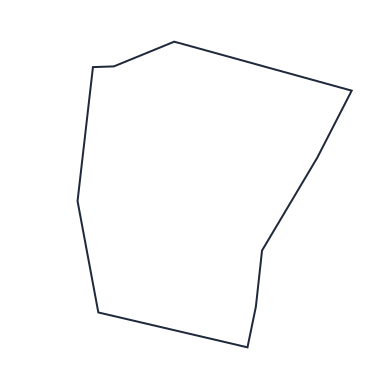 outline of Butuan, rotated 15°
{"feature_id": "PHL-5532", "entity_name": "Butuan", "entity_type": "Highly Urbanized City", "adm_level": 1, "iso_a3": "PHL", "parent_name": "Philippines", "parent_adm1": "", "projection": "equal_earth", "projection_center": [125.568, 8.906], "detail": "fine", "context": "isolated", "style": "outline", "palette": "slate", "viewbox_px": 384, "rotation_deg": 15, "n_neighbors": 0, "source": "natural_earth", "source_scale": "10m", "svg_char_len": 288}
<svg xmlns="http://www.w3.org/2000/svg" viewBox="0 0 384 384"><g transform="rotate(15 192 192)"><path d="M64.0,97.0L84.0,90.9L135.9,51.4L320.0,52.8L304.1,126.5L274.8,230.4L283.4,286.4L285.8,327.7L132.7,332.6L83.8,230.4L64.0,97.0Z" fill="none" stroke="#1e293b" stroke-width="2"/></g></svg>